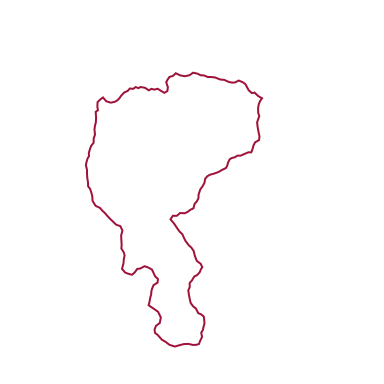 the district of Quintana, São Paulo, Brazil, rotated 145°
{"feature_id": "56859067B922680571426", "entity_name": "Quintana", "entity_type": "district", "adm_level": 2, "iso_a3": "BRA", "parent_name": "Brazil", "parent_adm1": "São Paulo", "projection": "equal_earth", "projection_center": [-50.363, -22.077], "detail": "fine", "context": "isolated", "style": "outline", "palette": "rose", "viewbox_px": 384, "rotation_deg": 145, "n_neighbors": 0, "source": "geoboundaries", "source_scale": "gbopen_adm2", "svg_char_len": 2763}
<svg xmlns="http://www.w3.org/2000/svg" viewBox="0 0 384 384"><g transform="rotate(145 192 192)"><path d="M137.2,298.6L140.9,298.0L144.5,299.2L147.2,298.2L150.1,296.8L151.7,291.6L154.3,288.8L157.8,289.1L159.2,292.2L160.9,296.3L164.0,297.4L166.1,299.8L169.0,300.0L170.8,304.4L173.9,307.5L176.3,307.8L178.0,310.3L180.9,310.2L183.5,312.4L186.7,311.7L190.6,312.4L194.8,311.5L198.1,310.3L201.0,309.9L203.6,310.2L207.2,311.7L210.2,315.5L210.7,320.5L214.0,320.4L217.8,319.8L220.5,316.3L222.2,312.9L224.9,312.9L228.0,307.8L230.9,304.1L233.4,302.0L236.0,299.2L238.6,294.6L241.9,292.2L244.3,288.8L247.9,287.7L250.7,285.9L254.0,283.3L255.8,280.5L258.5,279.2L260.6,277.6L263.5,274.9L265.3,270.4L267.6,267.1L269.8,263.4L271.8,259.3L273.8,256.3L273.7,252.9L274.6,249.9L275.9,246.1L278.5,241.9L278.9,236.0L276.5,231.7L276.2,228.4L275.4,224.6L275.0,220.3L274.3,216.1L272.9,208.8L270.3,205.1L271.1,200.3L275.0,197.0L277.6,192.9L280.1,188.8L282.3,186.2L282.5,181.7L283.6,178.7L286.2,176.3L289.1,172.8L293.4,169.2L293.0,164.5L291.2,161.7L288.6,158.6L285.0,159.0L281.0,160.4L278.3,159.0L273.4,158.4L271.2,155.3L269.3,151.4L269.9,147.8L270.6,144.1L269.8,140.3L272.2,137.5L276.9,137.8L280.3,135.6L282.3,133.9L284.1,131.6L286.9,129.3L289.8,126.4L292.5,124.1L290.4,118.6L288.5,113.3L289.5,107.1L293.5,103.2L298.3,103.0L301.6,100.8L303.1,97.8L302.1,94.7L301.4,88.3L299.5,84.2L298.1,79.7L294.6,75.2L291.0,74.0L285.9,72.1L281.9,69.5L279.1,66.3L276.2,64.4L273.5,63.5L270.7,65.4L266.9,67.5L265.1,71.5L262.2,72.7L260.2,74.7L257.3,77.0L255.6,79.8L253.8,83.1L254.6,86.2L256.4,89.3L255.6,94.4L256.7,97.7L256.7,102.0L254.9,106.4L253.4,109.7L251.5,113.5L248.4,115.4L246.1,118.8L243.0,119.5L240.8,120.5L238.5,121.5L235.7,121.0L232.0,121.7L229.0,123.6L226.7,124.5L226.1,128.2L227.6,132.8L226.3,138.0L224.5,142.6L224.4,146.9L225.2,150.2L225.4,155.6L224.9,159.1L224.1,162.9L224.9,166.7L224.9,170.8L224.8,176.6L225.3,181.9L221.4,183.5L218.0,181.2L213.8,181.6L210.1,178.7L206.4,178.2L203.7,178.4L200.2,177.8L196.8,180.7L193.4,181.6L190.4,183.1L188.0,186.2L183.5,189.5L180.3,190.5L176.5,192.4L173.6,195.3L170.3,196.1L167.6,195.9L164.0,194.6L159.0,193.2L155.2,192.9L150.4,192.2L148.1,193.3L145.8,195.3L142.3,197.2L139.9,197.0L137.1,195.9L133.8,195.7L131.4,193.9L126.4,192.9L123.1,192.2L120.7,190.5L117.8,192.4L115.0,194.8L111.9,196.5L107.3,196.1L104.9,198.7L103.0,203.2L101.1,207.3L98.8,211.6L96.2,213.6L93.4,215.5L92.3,219.0L89.7,222.9L86.8,225.7L84.0,227.5L80.9,228.6L82.8,232.8L83.7,237.5L86.3,238.8L87.2,242.8L86.8,246.3L86.4,249.5L87.4,252.7L89.8,256.5L94.0,257.1L96.4,258.6L98.7,261.0L101.3,265.4L104.2,267.8L107.6,272.8L110.5,275.3L113.1,277.1L115.4,280.7L118.0,282.7L119.7,285.9L122.7,289.1L127.1,289.1L131.5,291.0L134.7,294.2L137.2,298.6Z" fill="none" stroke="#9f1239" stroke-width="2"/></g></svg>